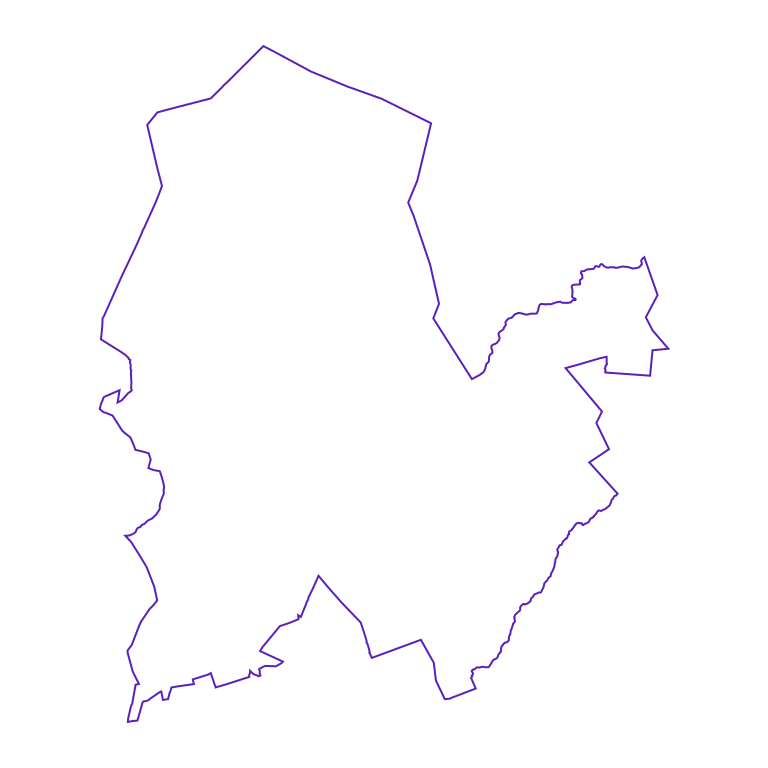 Laikipia East, Rift Valley, Kenya (Albers equal-area conic projection)
{"feature_id": "3690345B37822361502294", "entity_name": "Laikipia East", "entity_type": "district", "adm_level": 2, "iso_a3": "KEN", "parent_name": "Kenya", "parent_adm1": "Rift Valley", "projection": "albers", "projection_center": [36.521, 0.35], "detail": "fine", "context": "isolated", "style": "outline", "palette": "violet", "viewbox_px": 768, "rotation_deg": 0, "n_neighbors": 0, "source": "geoboundaries", "source_scale": "gbopen_adm2", "svg_char_len": 6117}
<svg xmlns="http://www.w3.org/2000/svg" viewBox="0 0 768 768"><path d="M125.3,535.8L131.1,541.9L139.6,555.4L146.6,567.0L154.2,586.6L157.2,600.3L153.7,604.9L149.6,609.0L141.0,621.7L139.4,625.1L132.1,644.1L131.5,645.3L127.6,650.5L127.5,651.6L127.9,653.8L132.7,671.4L138.9,684.0L135.6,684.7L132.2,703.7L131.4,705.1L130.6,707.8L128.1,718.8L127.9,721.9L132.7,721.0L137.4,720.6L142.1,704.3L142.1,703.6L143.3,701.5L146.2,701.0L148.4,700.2L150.5,698.4L160.5,691.6L161.3,691.5L162.9,699.9L168.1,699.1L169.6,692.9L170.7,690.5L171.4,687.5L177.6,686.4L193.9,684.1L192.8,679.4L208.2,674.6L210.8,673.1L214.6,684.5L215.3,686.0L215.6,687.4L226.3,684.3L249.3,676.9L249.1,675.5L250.0,672.7L250.1,670.8L252.9,673.7L253.8,674.3L257.6,675.6L258.4,676.3L260.4,675.6L259.8,673.6L259.7,672.6L259.9,671.7L259.1,669.1L262.0,667.4L265.1,665.9L276.0,666.3L281.4,663.2L282.9,661.6L260.1,651.1L262.4,647.2L279.9,626.1L289.7,622.8L298.5,619.2L298.2,615.2L300.8,617.0L306.0,604.3L306.4,602.6L308.1,599.6L308.4,597.6L312.7,588.9L318.5,575.8L328.4,587.6L341.7,602.7L360.8,622.6L365.2,636.2L366.7,641.4L366.5,642.3L367.5,644.0L369.0,649.1L369.7,652.1L369.3,652.8L369.9,653.5L371.8,657.9L420.9,639.8L433.8,662.8L435.9,680.5L444.8,699.1L449.6,698.7L453.3,697.1L475.7,688.6L471.1,677.8L471.7,677.3L472.1,676.4L471.8,675.5L473.0,674.4L472.7,672.8L471.7,671.0L472.1,670.4L473.5,669.3L474.3,669.5L476.5,667.6L477.3,667.3L479.7,667.6L480.7,667.1L482.4,666.8L484.6,667.0L485.5,667.3L488.6,667.2L489.9,665.5L490.4,664.4L491.2,663.6L491.4,662.7L493.1,660.2L494.5,659.3L496.3,658.6L497.0,657.9L497.8,656.6L498.5,654.5L499.5,653.2L500.3,652.6L500.3,651.8L501.0,651.4L501.2,650.5L500.9,649.0L501.6,646.2L502.4,645.7L503.6,643.8L504.2,643.2L504.8,642.7L506.2,642.5L507.8,641.6L509.0,639.9L508.8,638.9L509.0,637.2L509.4,635.4L510.0,634.9L510.3,634.1L510.8,630.4L511.8,628.3L512.2,626.5L512.9,625.1L513.1,623.8L514.8,621.8L514.9,620.1L514.3,618.4L514.7,617.6L514.3,616.6L515.6,614.3L519.8,610.6L520.2,609.9L520.1,607.7L520.7,606.3L523.1,604.0L524.1,604.0L524.7,604.5L527.4,603.6L530.7,600.9L530.7,599.8L531.5,597.9L532.8,596.9L534.4,594.4L537.2,593.3L538.1,592.7L539.0,592.5L540.2,592.6L541.0,592.3L543.6,586.9L544.4,583.2L546.2,581.3L547.0,580.7L548.5,577.8L549.4,577.3L550.8,575.8L550.8,574.2L553.0,570.1L554.5,566.0L554.7,563.2L555.2,562.6L555.4,559.6L556.0,558.2L557.0,556.8L557.4,555.7L558.0,553.0L558.0,551.8L557.3,550.2L557.3,549.3L558.4,547.7L559.6,545.3L561.5,544.8L563.1,541.2L564.3,540.3L565.5,538.7L566.4,538.7L567.0,538.0L567.8,536.0L567.8,535.2L569.2,534.0L568.8,533.0L569.0,531.9L571.5,530.0L572.4,528.6L573.1,528.1L573.6,527.1L574.5,526.3L574.8,525.2L575.4,524.8L576.3,523.5L578.2,522.9L579.0,522.9L579.7,523.3L581.5,523.1L582.2,523.7L582.3,524.8L583.1,525.1L585.3,523.6L586.4,523.4L587.6,522.8L589.3,521.2L590.1,519.0L592.0,518.0L592.3,517.4L593.1,517.3L593.8,516.8L593.8,516.0L595.8,514.2L597.4,511.5L598.1,510.9L598.8,510.4L600.7,510.9L601.6,510.8L603.1,509.8L604.6,509.4L607.4,507.3L609.7,505.3L611.1,502.0L611.7,499.8L613.1,498.5L614.1,496.3L614.8,495.8L615.9,495.7L617.6,493.7L589.3,462.4L609.0,449.2L596.4,423.0L602.0,411.5L565.6,368.1L579.1,364.4L600.4,358.1L606.6,356.8L606.7,360.8L606.5,361.7L606.6,362.7L607.1,363.5L606.6,364.9L605.6,365.5L605.4,367.4L604.8,368.4L605.3,369.3L605.6,370.6L605.1,371.7L605.3,372.5L650.1,375.7L652.5,350.3L668.3,348.7L652.6,330.4L645.8,317.3L657.6,295.1L644.3,257.2L642.4,258.7L641.2,260.5L641.3,261.7L641.8,262.8L641.7,264.6L640.8,265.2L639.9,266.6L638.9,267.4L635.6,268.2L633.2,268.5L632.1,268.4L630.1,267.6L626.7,266.8L625.0,266.8L623.5,266.5L622.4,266.5L619.0,267.4L615.8,267.9L615.0,267.7L614.4,267.2L612.3,267.5L611.2,267.1L610.4,267.2L608.0,267.7L606.9,267.6L603.8,266.0L602.5,264.5L601.7,264.1L600.7,264.3L600.1,265.0L599.3,266.7L598.6,266.9L596.2,266.0L595.2,266.5L594.1,268.4L593.3,268.9L587.3,269.4L584.0,271.1L581.3,271.4L580.9,272.5L581.0,273.5L582.1,274.6L582.4,278.2L579.9,280.2L579.8,282.2L580.2,283.1L580.1,284.2L579.0,284.5L577.2,284.5L573.0,284.9L572.2,285.5L571.8,286.4L571.7,287.1L572.5,289.9L572.3,295.6L572.0,296.4L572.6,297.5L575.0,298.6L575.7,299.3L575.3,300.0L573.1,300.1L572.3,300.6L570.5,302.5L566.8,302.9L562.1,302.7L560.0,301.7L556.0,302.4L551.1,304.2L547.6,304.1L546.5,304.2L545.6,304.6L544.7,304.1L540.9,304.0L539.9,304.6L539.4,305.3L538.5,308.0L538.2,310.5L537.2,312.3L537.1,313.0L536.2,313.6L533.7,313.7L531.2,313.6L528.2,314.4L526.3,314.6L525.3,314.5L523.4,313.8L520.5,313.2L519.0,312.9L517.9,313.0L516.9,313.7L515.3,314.0L512.4,316.9L512.1,317.5L508.9,318.5L508.0,319.0L506.2,321.0L505.4,322.4L505.9,324.6L505.3,325.7L503.9,327.7L503.6,329.0L502.1,330.4L500.1,331.5L499.0,332.7L498.5,333.6L498.6,334.7L499.6,337.6L499.1,340.0L496.9,342.9L495.0,344.0L493.5,344.4L491.7,345.6L491.4,346.6L491.4,347.8L491.5,348.7L492.3,350.2L492.4,352.9L490.0,354.8L489.2,356.4L488.8,361.6L486.6,363.8L486.1,364.7L485.2,368.6L484.7,370.0L483.5,372.0L480.0,374.8L471.9,379.1L433.3,318.4L439.0,303.8L430.1,264.6L413.6,215.8L408.2,202.6L417.3,180.6L431.1,123.3L381.9,98.9L347.3,86.5L311.1,71.6L272.7,50.9L263.4,46.1L226.6,82.8L224.3,84.7L222.5,86.8L210.8,98.4L172.5,108.3L157.4,112.4L147.2,124.9L157.7,169.7L162.0,185.9L158.9,194.3L155.1,203.6L143.8,228.6L143.0,229.7L141.7,233.3L136.2,245.7L121.5,276.8L104.3,315.3L103.4,317.1L102.6,318.1L102.3,325.6L101.0,339.4L120.7,351.7L125.6,355.1L128.7,358.1L128.8,359.2L130.3,360.0L129.9,362.5L130.7,364.6L130.6,369.0L130.8,370.0L131.3,370.5L130.9,372.2L131.4,383.2L131.1,387.8L131.7,390.4L130.5,391.6L128.3,393.0L121.8,400.2L121.1,400.7L117.6,402.5L119.6,390.2L104.1,396.9L103.1,398.6L102.3,401.1L101.2,403.3L99.7,409.0L102.7,411.6L104.1,412.4L105.7,412.8L112.5,415.5L122.1,430.5L124.3,432.6L130.5,437.5L134.0,445.8L135.4,449.8L144.8,452.1L148.7,453.4L150.7,459.5L148.4,468.1L153.7,470.1L159.8,471.2L161.6,476.4L163.7,484.4L164.1,487.5L163.6,489.7L163.8,493.7L161.3,499.8L159.9,504.4L159.6,505.9L159.9,507.7L159.5,509.5L156.3,514.4L152.3,518.3L147.6,520.7L144.4,523.9L142.2,524.8L141.3,525.6L140.3,527.0L138.2,527.7L137.4,528.3L136.8,529.1L135.7,531.8L134.3,533.1L132.2,534.3L129.1,535.5L125.3,535.8Z" fill="none" stroke="#5b21b6" stroke-width="2"/></svg>